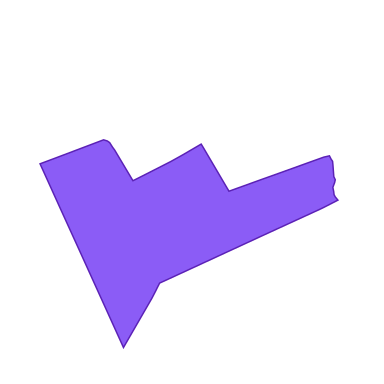 Afonso Bezerra, Rio Grande do Norte, Brazil, rotated 150°
{"feature_id": "56859067B75768156452163", "entity_name": "Afonso Bezerra", "entity_type": "district", "adm_level": 2, "iso_a3": "BRA", "parent_name": "Brazil", "parent_adm1": "Rio Grande do Norte", "projection": "equal_earth", "projection_center": [-36.685, -5.484], "detail": "fine", "context": "isolated", "style": "filled", "palette": "violet", "viewbox_px": 384, "rotation_deg": 150, "n_neighbors": 0, "source": "geoboundaries", "source_scale": "gbopen_adm2", "svg_char_len": 682}
<svg xmlns="http://www.w3.org/2000/svg" viewBox="0 0 384 384"><g transform="rotate(150 192 192)"><path d="M54.9,154.6L60.4,156.3L121.3,167.3L123.4,167.7L159.6,174.2L159.9,212.8L160.0,224.8L160.1,228.9L182.1,228.8L195.1,229.0L232.8,231.0L237.5,231.3L238.0,267.1L238.4,270.5L238.6,275.9L239.8,278.5L242.5,281.4L294.6,289.9L309.5,292.4L311.1,276.0L314.2,244.5L319.0,194.6L329.1,91.6L279.9,120.0L272.4,124.8L270.2,126.3L265.6,129.3L217.6,124.9L154.0,119.1L136.8,117.5L88.7,113.0L85.9,112.8L69.7,112.0L70.4,116.2L70.3,118.7L69.0,121.7L67.7,125.6L63.8,128.8L61.8,131.0L61.5,134.4L56.4,145.0L54.9,148.3L55.1,151.0L54.9,154.6Z" fill="#8b5cf6" stroke="#5b21b6" stroke-width="1.5"/></g></svg>